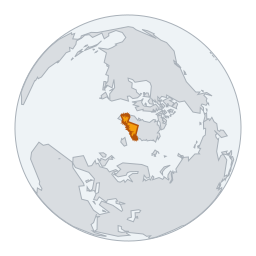 Kommuneqarfik Sermersooq highlighted on a globe, orthographic projection, rotated 104°
{"feature_id": "GRL-2739", "entity_name": "Kommuneqarfik Sermersooq", "entity_type": "state/province", "adm_level": 1, "iso_a3": "GRL", "parent_name": "Greenland", "parent_adm1": "", "projection": "orthographic", "projection_center": [-36.556, 66.454], "detail": "fine", "context": "on_globe", "style": "filled", "palette": "amber", "viewbox_px": 256, "rotation_deg": 104, "n_neighbors": 0, "source": "natural_earth", "source_scale": "10m", "svg_char_len": 15089}
<svg xmlns="http://www.w3.org/2000/svg" viewBox="0 0 256 256"><g transform="rotate(104 128 128)"><circle cx="128" cy="128" r="113" fill="#eef3f6" stroke="#a8b0b8"/><path d="M69.4,224.2L66.5,222.3L58.8,216.5L49.2,205.8L51.0,205.3L49.2,202.6L54.9,203.2L54.0,197.9L52.1,195.6L49.9,195.6L44.1,186.8L42.9,181.0L29.6,152.3L29.2,147.5L30.7,144.0L34.3,122.2L29.0,138.2L28.9,132.5L30.3,125.3L31.4,125.9L34.8,117.4L35.8,111.2L42.2,101.9L52.9,96.7L51.5,99.9L54.3,98.4L56.2,94.4L56.9,92.1L69.0,82.6L76.7,71.0L75.7,66.9L78.6,68.3L74.5,60.2L76.5,54.2L76.3,61.4L77.9,62.4L80.3,58.5L82.4,58.7L84.8,57.0L87.1,57.7L86.8,62.0L88.3,62.6L89.9,59.7L93.3,58.8L90.7,62.8L96.3,61.6L96.8,68.8L88.1,79.6L90.4,84.6L86.7,98.5L89.1,97.9L89.2,103.0L92.0,104.3L90.5,106.7L94.0,105.7L94.8,103.3L96.6,102.1L98.3,102.7L96.7,105.8L95.7,105.9L96.1,107.1L94.6,108.4L96.3,108.1L94.2,111.8L98.8,109.1L99.2,112.8L97.1,115.0L94.1,113.6L81.7,115.5L78.7,117.6L77.4,121.8L81.9,132.3L79.9,135.2L79.6,140.0L82.1,138.9L83.3,134.8L88.1,134.1L89.0,129.3L91.1,128.4L93.3,124.0L96.4,126.1L98.3,130.5L96.6,134.2L97.4,136.3L101.8,134.0L101.4,142.3L105.8,150.3L105.4,152.3L99.3,154.0L92.1,150.7L84.3,153.4L92.9,153.2L91.5,158.6L92.8,160.2L94.9,160.9L96.8,159.4L97.1,161.7L88.7,162.6L88.3,160.6L91.0,160.2L87.6,158.8L81.9,159.7L81.6,162.5L73.3,161.3L73.0,163.4L71.1,164.3L72.1,161.1L70.1,167.0L60.3,167.1L57.4,176.2L56.4,166.4L53.7,162.7L50.2,159.1L49.6,160.5L45.7,154.2L40.7,152.0L36.7,156.6L36.3,163.3L40.9,169.7L43.2,168.9L47.2,172.6L42.2,176.3L48.7,184.3L46.8,188.1L48.4,192.3L52.2,194.9L56.0,199.1L59.4,198.8L64.6,200.7L64.0,204.3L67.4,202.8L69.9,206.2L80.7,211.3L79.7,211.8L88.6,219.5L99.4,224.3L101.9,227.0L100.5,228.0L104.5,229.2L104.5,229.9L121.3,233.2L130.6,235.1L130.8,237.0L123.9,238.7L120.0,240.3L114.5,239.8L106.6,238.6L98.7,236.8L91.1,234.4L83.6,231.5L76.4,228.1L69.4,224.2ZM34.9,65.9L35.9,65.0L34.5,66.9L34.9,65.9ZM37.0,63.6L36.5,64.1L37.0,63.5L37.0,63.6ZM37.7,62.6L37.2,63.3L37.7,62.5L37.7,62.6ZM38.6,61.3L38.1,62.0L38.2,61.9L38.6,61.3ZM55.9,178.6L63.5,189.1L58.2,185.8L59.4,185.9L57.7,182.6L54.2,177.8L49.8,174.8L55.9,178.6ZM40.2,59.2L40.7,58.6L40.4,59.2L40.2,59.2ZM61.6,177.3L60.2,175.8L61.7,176.9L61.6,177.3ZM56.8,91.1L56.0,94.3L53.5,97.9L53.9,95.2L56.8,91.1ZM62.0,84.6L62.3,86.1L59.2,87.4L60.0,86.1L62.0,84.6ZM74.6,63.9L73.5,66.1L73.8,63.9L74.6,63.9ZM84.7,56.6L84.3,55.9L85.7,55.4L84.7,56.6ZM91.4,123.2L92.3,123.6L91.4,124.2L91.4,123.2ZM91.5,121.0L89.8,121.4L89.6,120.4L90.7,120.2L91.5,121.0ZM90.6,55.9L92.9,55.3L90.5,56.7L90.6,55.9ZM93.6,120.8L89.5,118.6L89.2,116.9L92.9,114.6L93.6,120.8ZM94.3,55.4L100.0,53.8L99.6,52.1L103.9,56.2L97.6,56.1L94.7,58.0L95.5,56.2L94.3,55.4ZM94.3,102.3L93.5,104.9L92.6,102.2L94.3,102.3ZM93.3,100.9L87.9,94.8L89.9,91.4L91.3,94.1L92.6,89.4L96.3,90.7L96.4,93.6L94.3,95.5L97.3,94.6L93.3,100.9ZM105.4,58.8L106.7,59.1L105.2,59.6L105.4,58.8ZM97.3,101.5L96.0,100.5L97.6,97.4L100.5,98.9L99.0,99.4L97.3,101.5ZM91.2,87.5L92.9,85.6L96.4,86.1L97.5,85.5L96.6,90.5L91.2,87.5ZM99.5,100.4L101.9,99.7L102.7,101.7L98.6,102.2L99.5,100.4ZM96.9,96.1L97.8,94.7L98.2,95.9L96.9,96.1ZM106.8,108.5L105.2,107.3L105.9,105.6L106.8,108.5ZM102.7,99.3L102.5,98.6L102.6,97.9L104.2,97.9L102.7,99.3ZM99.0,90.6L100.1,91.2L99.6,88.5L102.2,88.9L101.1,92.2L102.6,91.0L103.4,91.1L101.6,93.7L99.0,90.6ZM106.3,95.5L105.8,100.0L108.5,102.5L107.9,104.1L103.6,99.7L106.3,95.5ZM103.7,94.2L105.2,95.4L103.7,96.7L101.8,96.7L103.7,94.2ZM104.3,88.0L100.7,86.6L101.0,85.9L104.3,88.0ZM107.4,96.0L107.5,94.9L107.7,96.0L107.4,96.0ZM105.6,90.2L104.2,89.7L104.7,89.0L105.6,90.2ZM108.8,93.2L108.6,94.6L107.3,94.6L108.8,93.2ZM107.5,91.6L108.5,90.7L107.0,93.8L106.9,91.5L107.5,91.6ZM106.2,89.5L106.0,88.9L106.7,89.8L106.2,89.5ZM113.8,92.3L112.2,96.2L109.3,96.3L111.3,92.4L113.8,92.3ZM205.9,46.6L210.0,50.8L208.9,49.7L209.9,52.0L215.4,58.4L224.6,70.8L227.0,74.2L230.0,80.2L229.7,81.5L227.1,80.0L228.6,83.7L227.2,87.8L229.2,102.0L228.1,102.6L228.8,105.9L227.5,110.0L225.2,110.6L225.1,114.0L230.8,112.4L230.8,108.7L228.8,103.3L230.5,103.9L231.6,100.3L235.5,111.5L236.3,135.6L233.9,133.5L222.1,136.2L221.1,134.5L221.0,134.4L220.7,134.3L222.0,137.7L219.2,137.7L228.1,138.5L230.6,140.5L236.3,136.1L236.4,137.7L237.5,135.4L238.1,122.7L238.6,123.9L239.8,134.9L236.8,157.0L236.7,157.5L234.3,165.2L231.4,172.8L227.9,180.1L223.9,187.1L219.4,193.9L214.4,200.3L209.0,206.3L212.6,202.0L213.1,200.6L208.1,201.4L209.4,196.8L207.5,196.9L203.8,200.6L201.3,200.7L198.8,202.6L181.7,215.0L175.0,215.7L163.3,211.0L165.3,206.0L163.0,201.5L174.6,173.8L180.0,171.7L192.5,157.7L194.6,156.6L196.4,161.6L208.3,155.7L208.3,149.4L216.0,141.7L218.9,134.6L214.3,125.8L209.4,137.2L205.3,135.9L206.7,124.0L210.5,114.1L209.0,113.3L203.9,117.0L202.1,112.3L201.8,118.1L204.0,117.6L203.9,121.3L201.9,122.0L201.4,120.3L199.4,122.7L202.7,130.6L205.2,130.9L201.8,139.3L205.7,140.6L205.7,144.0L199.2,143.0L197.8,141.0L188.0,142.4L189.2,145.2L198.5,144.2L196.8,145.6L198.6,149.7L195.9,147.7L185.4,148.3L180.5,155.3L179.1,169.5L175.2,173.1L169.8,174.2L165.6,164.5L174.7,157.4L173.3,154.1L167.4,152.0L170.6,150.2L169.3,148.5L172.4,145.7L172.6,138.6L175.1,135.5L171.3,129.8L172.1,127.5L174.1,131.4L176.8,132.6L182.5,124.8L182.4,122.4L179.5,119.4L181.5,117.8L177.9,115.9L179.3,110.3L174.7,115.6L171.1,112.5L169.8,107.6L167.8,107.6L169.9,115.5L171.5,117.8L174.2,118.3L177.8,125.8L176.7,129.1L169.8,125.1L167.5,129.5L163.1,124.6L160.1,105.8L160.8,99.6L170.2,94.9L172.2,97.8L169.9,100.9L175.6,100.5L173.5,99.3L175.0,98.0L172.1,94.9L173.1,93.8L168.5,92.7L169.4,91.0L172.3,91.7L168.6,85.9L169.4,81.9L168.1,81.1L166.5,81.4L168.6,76.2L167.5,75.9L166.4,77.4L163.6,77.8L159.5,76.4L160.5,74.7L162.1,75.0L166.9,73.0L171.1,74.1L171.0,73.3L167.6,72.0L161.8,74.3L159.0,74.0L161.5,72.4L160.4,73.0L159.3,72.3L159.1,70.1L156.2,71.6L143.1,67.0L141.5,62.4L145.2,61.4L137.0,56.8L135.8,52.3L134.8,53.7L130.2,52.6L130.5,54.0L129.7,54.6L118.1,52.9L116.1,51.3L110.0,52.4L109.5,53.1L110.6,54.4L103.9,56.2L99.6,52.1L101.0,50.6L97.4,49.2L101.1,46.0L102.4,42.9L108.6,40.4L109.1,38.2L107.6,37.9L107.2,34.9L111.6,29.8L114.7,35.1L109.4,43.6L112.1,40.2L113.4,41.4L115.6,40.4L117.4,38.0L116.4,37.5L129.3,36.3L137.4,32.3L132.1,31.2L130.5,29.2L135.1,24.4L151.7,22.9L149.8,20.8L150.8,20.3L155.1,21.1L153.7,21.8L156.5,23.3L155.0,23.7L161.4,25.4L159.6,26.1L165.4,27.3L165.1,26.1L160.2,24.2L166.0,25.1L163.2,22.6L164.8,22.2L176.0,26.2L184.6,30.6L185.5,31.2L187.9,32.7L192.6,35.8L192.4,35.6L199.3,40.8L205.9,46.6ZM174.1,186.2L174.7,187.9L174.7,188.0L174.1,186.2ZM217.0,106.6L217.7,100.1L213.2,99.3L213.1,96.7L211.5,97.4L212.8,99.3L208.5,100.6L207.3,96.5L205.0,95.7L204.7,97.8L207.6,105.1L213.8,103.1L215.5,106.2L217.0,106.6ZM81.0,211.4L82.2,212.7L80.4,212.0L81.0,211.4ZM57.0,186.9L58.8,188.5L59.6,189.9L58.1,189.0L57.0,186.9ZM73.7,198.0L76.1,199.7L73.4,198.7L73.7,198.0ZM64.8,190.6L71.8,196.8L66.7,195.2L62.3,191.2L65.6,193.0L64.8,190.6ZM59.7,179.2L60.7,180.5L60.0,181.0L59.7,179.2ZM62.7,178.1L62.2,177.9L61.9,176.7L62.7,178.1ZM92.0,158.5L92.7,158.5L94.6,159.6L93.3,160.0L92.0,158.5ZM105.9,159.6L106.0,163.2L105.0,160.8L103.1,161.9L98.7,158.4L104.9,153.2L102.9,156.1L105.9,159.6ZM94.4,152.4L96.5,155.1L94.0,152.4L94.4,152.4ZM159.2,142.7L161.5,142.7L162.3,145.3L159.2,149.7L158.0,145.9L159.2,142.7ZM164.7,142.2L158.7,137.2L160.4,134.4L160.5,136.8L162.2,135.4L162.7,138.9L170.2,141.3L171.4,143.8L164.9,150.3L166.4,146.7L164.0,146.9L164.7,142.2ZM140.4,130.6L137.9,128.7L144.9,125.0L146.5,127.2L143.4,131.6L139.8,131.6L140.4,130.6ZM101.0,117.4L99.6,117.1L100.0,116.3L101.6,115.7L101.0,117.4ZM106.0,108.0L107.7,117.6L106.2,117.8L109.1,123.3L106.1,126.0L104.3,122.3L104.2,128.6L101.4,126.3L101.8,130.5L98.2,122.0L95.6,120.3L99.6,121.1L102.4,118.7L102.8,117.2L102.2,111.5L98.2,106.9L100.3,103.8L102.9,102.9L104.2,103.6L102.4,105.3L105.4,105.0L103.8,108.0L106.0,108.0ZM131.9,95.9L129.2,97.4L135.0,97.8L133.5,100.6L134.2,100.4L134.4,103.1L135.9,106.3L134.7,107.3L135.8,108.1L135.9,109.9L137.0,111.4L135.3,113.8L136.5,115.8L135.0,115.8L137.5,118.6L134.9,117.6L134.7,120.0L137.4,119.7L125.3,129.9L122.4,135.1L121.3,140.1L116.9,137.9L115.0,132.0L114.9,124.7L118.4,120.1L115.8,120.0L116.7,117.8L118.4,118.8L116.3,116.0L117.5,114.4L117.4,108.4L113.6,105.4L113.5,103.2L115.6,103.6L114.0,101.1L117.9,100.4L117.9,98.8L121.7,96.5L125.7,98.3L125.4,96.4L128.3,94.7L131.9,95.9ZM115.0,91.8L120.1,93.1L121.8,95.4L114.5,98.4L113.9,99.9L109.3,102.0L107.0,98.8L108.5,98.5L109.5,97.4L109.8,98.8L110.3,96.9L112.4,96.4L113.3,94.8L114.7,95.7L115.0,91.8ZM195.0,153.4L196.3,152.2L197.8,150.0L198.9,152.6L195.0,153.4ZM187.9,153.9L188.7,152.5L191.0,155.0L189.7,156.2L187.9,153.9ZM187.2,149.8L188.6,152.3L187.1,151.7L187.2,149.8ZM174.7,130.1L175.3,128.5L176.2,128.9L176.7,130.6L174.7,130.1ZM148.7,98.1L146.9,98.5L146.7,97.8L142.8,96.4L143.7,94.3L146.3,94.3L148.7,98.1ZM214.6,128.9L214.9,132.2L213.9,132.7L214.0,131.4L214.6,128.9ZM207.4,143.3L210.0,141.0L207.7,144.1L207.4,143.3ZM149.0,95.6L147.3,95.3L148.8,94.4L149.0,95.6ZM144.1,92.7L145.5,91.5L143.3,93.9L144.1,92.7ZM166.1,22.2L167.4,22.5L168.3,22.8L168.9,23.1L166.1,22.2ZM153.9,78.0L158.3,82.2L162.1,84.0L165.1,83.1L162.8,86.3L157.0,83.5L153.9,78.0ZM144.4,68.5L141.8,69.4L141.6,68.0L142.2,67.5L144.4,68.5ZM143.7,69.8L142.9,73.0L140.6,72.9L141.7,70.4L143.7,69.8ZM146.2,84.2L147.4,85.5L146.2,86.1L146.2,84.2ZM145.2,18.2L145.0,18.7L142.3,18.3L143.1,18.1L145.2,18.2ZM133.1,17.8L141.5,18.4L148.2,19.2L146.7,18.7L149.3,18.5L150.8,19.6L145.2,19.3L140.4,18.6L138.5,19.2L134.2,19.2L133.3,20.4L131.1,20.8L130.4,19.6L133.1,17.8ZM133.1,21.0L130.0,23.6L125.4,22.8L125.0,22.0L128.4,21.1L130.6,21.6L133.1,21.0ZM127.9,24.0L130.1,24.5L130.1,30.2L128.9,31.3L126.4,26.3L128.3,26.6L129.2,25.4L127.9,24.0ZM106.9,58.1L106.7,59.0L106.0,58.3L106.9,58.1ZM130.0,55.4L128.8,56.1L127.9,55.1L130.0,55.4ZM124.8,57.5L126.7,58.1L124.3,58.2L124.8,57.5ZM130.8,59.4L127.2,58.7L131.2,58.4L130.8,59.4Z" fill="#d9dde1" stroke="#a8b0b8" stroke-width="1"/><path d="M133.5,118.5L133.7,118.8L133.2,118.8L133.5,118.9L133.4,119.6L132.8,119.9L134.7,119.7L133.3,120.5L134.1,120.7L134.4,120.0L134.8,120.1L135.4,119.6L135.4,119.8L135.6,119.6L136.4,119.9L137.6,119.7L136.9,120.4L137.1,120.5L136.5,120.6L136.8,120.8L136.7,121.1L136.3,121.0L136.5,121.3L136.1,121.4L136.2,121.7L135.9,121.7L136.0,121.9L135.8,122.0L135.6,122.2L135.8,122.4L135.3,123.0L133.3,123.9L133.4,124.0L133.1,124.2L133.2,124.3L132.8,123.9L132.7,124.1L132.8,124.2L132.5,124.2L132.8,124.5L132.2,124.3L132.5,124.6L131.6,124.7L131.5,124.4L131.3,124.3L130.9,123.6L130.9,124.0L131.3,124.5L131.0,124.4L131.0,124.5L131.3,124.5L131.3,125.0L130.5,125.5L130.4,125.8L130.5,126.1L130.2,126.1L130.4,126.4L130.2,126.4L130.3,126.7L130.0,126.9L130.1,127.0L130.0,127.3L129.9,127.3L129.8,127.7L129.7,127.4L129.6,127.6L129.7,127.8L129.5,128.1L129.3,128.3L129.1,128.1L129.2,128.4L128.6,128.0L128.8,128.4L128.7,128.5L128.8,128.7L128.6,128.5L128.2,129.1L128.2,128.7L127.6,129.2L127.6,128.8L127.5,129.3L127.1,129.0L127.0,128.8L127.5,128.2L126.8,128.1L127.1,128.4L126.9,128.4L127.0,128.5L126.8,128.7L126.8,129.0L126.5,128.8L126.8,129.2L126.7,129.6L126.2,129.5L126.3,129.7L126.0,129.7L125.8,129.3L125.8,129.7L125.5,129.4L125.4,129.8L125.0,129.8L125.4,130.0L125.2,130.1L125.4,130.3L125.1,130.4L125.2,130.6L124.2,130.5L124.3,130.8L124.2,130.8L124.6,131.4L124.5,131.8L124.8,132.0L123.7,132.1L124.6,132.5L124.3,132.8L124.6,133.3L123.6,133.0L124.4,133.5L124.0,133.6L124.1,133.8L123.9,133.5L124.1,133.8L123.8,133.5L123.9,133.8L123.7,133.6L123.8,133.8L124.0,134.0L123.7,133.8L123.5,133.5L123.3,133.7L123.7,134.4L123.2,134.1L123.6,134.5L123.0,134.3L123.5,134.6L123.3,134.9L123.1,134.8L122.8,134.9L122.9,134.7L122.6,134.8L122.7,135.1L121.3,134.9L117.5,137.7L116.8,137.7L117.3,137.7L117.4,137.4L117.0,137.3L117.4,137.1L116.8,137.4L117.0,137.2L116.7,137.1L116.9,137.1L117.0,137.0L117.0,136.9L116.3,136.7L117.1,136.6L116.9,136.6L117.1,136.5L116.4,136.7L116.2,136.4L116.8,136.4L116.4,136.3L116.6,136.0L116.4,136.1L116.8,135.7L116.3,136.1L116.2,136.0L116.4,135.8L116.2,135.9L116.8,135.5L116.6,135.4L116.7,135.2L116.5,135.5L116.0,135.5L116.2,135.4L116.3,135.4L116.4,135.2L116.1,135.2L116.4,135.0L115.9,135.0L116.0,134.9L115.6,134.4L116.2,133.7L115.8,134.0L115.8,133.7L116.4,133.4L115.9,133.5L115.7,133.8L116.0,133.4L115.7,133.5L115.6,133.2L116.2,133.0L115.7,132.9L115.5,133.0L115.4,133.0L115.5,132.9L115.3,133.0L115.3,132.7L116.0,132.7L115.2,132.4L115.7,132.3L115.4,132.3L115.5,132.0L115.9,132.2L116.0,132.1L115.5,132.0L115.4,132.3L115.2,132.2L115.3,132.0L115.1,131.9L115.3,131.8L115.1,131.7L115.4,131.7L115.7,131.5L115.2,131.6L115.4,131.4L115.1,131.2L116.6,131.2L116.1,131.1L116.4,130.8L115.4,131.1L115.2,131.0L115.5,131.0L115.1,130.9L115.8,131.0L115.9,130.9L116.0,130.6L116.4,130.8L116.6,130.7L116.0,130.3L116.4,130.1L116.6,130.6L117.0,131.0L116.6,130.1L116.9,129.9L116.4,130.0L116.4,129.5L116.3,129.3L116.9,129.0L121.9,129.8L123.2,118.8L132.9,118.8L133.5,118.5ZM136.5,116.3L136.2,116.9L136.6,116.5L136.5,116.8L136.6,117.0L136.9,116.6L136.7,117.0L136.8,117.6L136.9,117.1L137.1,117.0L137.1,117.3L137.3,117.3L137.1,117.5L137.3,117.5L137.2,117.6L137.3,117.7L137.0,117.9L137.4,117.8L137.2,118.1L137.5,118.0L137.3,118.3L137.5,118.3L137.5,118.5L137.7,118.9L137.2,119.1L137.0,118.3L136.9,118.6L137.1,119.1L136.6,119.3L136.1,118.9L135.8,118.3L135.4,117.7L135.2,117.8L134.9,117.6L135.4,117.5L135.3,117.1L135.4,116.7L136.5,116.3ZM135.2,118.9L134.9,119.4L134.7,119.3L133.5,119.8L134.0,118.9L134.5,118.7L134.9,118.3L135.2,118.9ZM134.4,117.6L135.0,117.9L134.2,118.7L133.8,118.8L133.6,118.4L134.4,117.9L134.4,117.6ZM116.3,129.5L116.3,130.0L115.8,130.2L116.0,129.9L115.8,129.9L115.3,130.7L114.8,130.7L115.0,130.1L116.3,129.5ZM127.4,129.4L127.2,129.4L127.4,129.5L127.0,129.7L126.8,129.5L127.1,129.1L127.4,129.4ZM125.0,131.8L124.7,131.7L124.6,131.3L124.4,130.9L124.7,131.1L124.8,131.5L124.7,131.6L125.0,131.8ZM123.9,134.1L123.7,134.2L123.3,133.7L123.5,133.6L123.7,133.9L123.9,134.1ZM116.1,130.4L115.7,130.9L115.9,130.3L116.1,130.4ZM133.7,119.2L133.7,118.9L134.0,118.8L133.9,119.0L133.7,119.2ZM122.8,134.9L123.2,135.1L122.7,135.0L122.8,134.9ZM115.7,130.5L115.4,130.5L115.9,130.3L115.7,130.5ZM124.2,132.2L124.5,132.3L124.2,132.3L124.2,132.2ZM136.8,120.7L137.0,120.7L136.8,120.7ZM133.0,124.3L132.9,124.4L132.9,124.2L133.0,124.3ZM127.8,129.1L128.0,129.0L127.9,129.3L127.8,129.1ZM127.6,129.4L127.6,129.7L127.6,129.4ZM134.6,119.5L134.8,119.4L134.6,119.5L134.6,119.5ZM123.8,134.2L123.7,134.4L123.7,134.2L123.8,134.2ZM127.8,129.1L127.8,129.4L127.6,129.3L127.8,129.1ZM125.6,130.2L125.3,130.1L125.6,130.2ZM123.5,134.8L123.6,134.6L123.5,134.8ZM115.6,133.1L115.4,133.2L115.5,133.0L115.6,133.1ZM116.5,136.9L116.8,136.9L116.8,137.0L116.5,136.9ZM117.1,137.6L116.9,137.5L117.1,137.6ZM128.1,129.1L128.3,129.1L128.1,129.2L128.1,129.1ZM114.9,131.0L115.0,130.8L114.9,131.0ZM123.6,134.4L123.8,134.5L123.7,134.5L123.6,134.4ZM135.0,118.2L135.1,118.3L135.0,118.2ZM127.5,129.8L127.6,129.7L127.6,129.8L127.5,129.8ZM130.0,127.2L130.1,127.3L130.0,127.2ZM115.2,132.2L115.3,132.3L115.1,132.3L115.2,132.2ZM128.9,128.5L128.9,128.4L128.9,128.5ZM116.3,136.2L116.4,136.3L116.3,136.2ZM115.5,133.2L115.5,133.3L115.5,133.2L115.5,133.2ZM123.2,134.9L123.2,135.0L123.3,135.0L123.2,135.0L123.2,134.9ZM116.4,137.0L116.5,137.0L116.4,137.0Z" fill="#f59e0b" stroke="#b45309" stroke-width="1.5"/></g></svg>